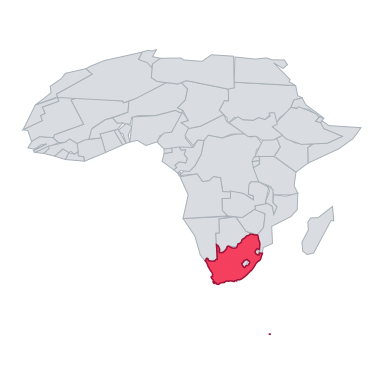 location of South Africa within Africa
{"feature_id": "ZAF", "entity_name": "South Africa", "entity_type": "country or territory", "adm_level": 0, "iso_a3": "ZAF", "parent_name": "Africa", "parent_adm1": "", "projection": "albers", "projection_center": [25.295, -34.555], "detail": "fine", "context": "in_parent", "style": "filled", "palette": "rose", "viewbox_px": 384, "rotation_deg": 0, "n_neighbors": 49, "source": "natural_earth", "source_scale": "50m", "svg_char_len": 14730}
<svg xmlns="http://www.w3.org/2000/svg" viewBox="0 0 384 384"><path d="M274.2,156.4L296.0,172.1L294.1,185.8L297.8,193.2L294.3,194.8L273.7,194.8L271.0,186.7L258.7,181.9L254.2,175.0L253.3,167.7L259.7,163.9L258.6,156.0L274.2,156.4Z" fill="#d9dde1" stroke="#a8b0b8" stroke-width="1"/><path d="M57.6,97.5L58.9,101.3L42.5,107.1L45.2,113.5L40.7,115.5L42.4,120.7L23.0,129.8L35.3,105.0L57.6,97.5Z" fill="#d9dde1" stroke="#a8b0b8" stroke-width="1"/><path d="M253.3,167.7L258.7,181.9L250.2,182.2L248.3,194.3L253.3,195.9L253.5,200.0L243.4,193.5L222.7,191.6L220.5,177.7L213.5,176.7L209.1,180.8L202.6,181.6L197.1,174.0L179.3,175.6L184.8,170.3L189.2,171.5L194.9,165.8L201.2,154.2L204.3,138.2L208.4,135.1L222.2,137.9L237.3,133.6L245.4,133.8L250.3,137.1L256.3,136.2L262.7,144.7L256.5,149.9L253.3,167.7Z" fill="#d9dde1" stroke="#a8b0b8" stroke-width="1"/><path d="M308.0,163.1L307.7,147.5L313.7,143.5L327.2,143.3L342.3,136.4L323.8,128.7L319.2,123.4L322.5,121.1L328.9,125.6L361.0,127.7L353.0,138.6L339.4,148.5L308.0,163.1Z" fill="#d9dde1" stroke="#a8b0b8" stroke-width="1"/><path d="M296.0,172.1L274.2,156.4L280.2,147.0L276.2,138.7L282.6,135.1L295.0,142.9L312.3,144.3L307.7,147.5L308.0,163.1L296.0,172.1Z" fill="#d9dde1" stroke="#a8b0b8" stroke-width="1"/><path d="M232.2,123.9L228.5,122.5L226.8,121.6L227.2,117.9L219.2,110.3L224.3,100.7L228.6,100.8L228.3,87.9L234.2,87.8L234.1,82.2L295.7,85.6L297.7,95.6L302.2,97.9L293.9,100.0L289.9,109.9L279.2,118.1L277.3,124.1L272.2,112.4L265.0,119.6L258.5,117.7L253.4,120.4L242.7,119.9L234.6,117.3L228.9,122.6L232.2,123.9Z" fill="#d9dde1" stroke="#a8b0b8" stroke-width="1"/><path d="M228.2,89.1L228.6,100.8L224.3,100.7L219.2,110.3L223.8,114.7L200.7,126.2L188.1,128.8L181.0,122.6L188.2,120.5L182.9,110.5L177.3,107.9L185.1,100.2L187.4,89.0L181.3,82.6L186.4,80.6L228.2,89.1Z" fill="#d9dde1" stroke="#a8b0b8" stroke-width="1"/><path d="M248.4,260.9L245.2,267.2L241.5,264.4L245.3,260.4L248.4,260.9Z" fill="#d9dde1" stroke="#a8b0b8" stroke-width="1"/><path d="M257.5,234.8L245.9,231.4L235.6,216.7L242.4,217.5L255.4,208.6L265.2,213.8L263.5,227.6L257.5,234.8Z" fill="#d9dde1" stroke="#a8b0b8" stroke-width="1"/><path d="M251.0,233.9L237.0,246.9L228.6,246.1L222.7,252.1L220.1,252.6L216.2,244.6L215.6,233.2L219.3,232.9L218.8,219.0L235.6,216.7L245.9,231.4L251.0,233.9Z" fill="#d9dde1" stroke="#a8b0b8" stroke-width="1"/><path d="M215.6,233.2L217.0,259.2L212.2,261.8L206.2,258.4L204.7,260.5L200.3,255.0L194.8,235.9L183.0,218.5L234.8,216.1L218.8,219.0L219.3,232.9L215.6,233.2Z" fill="#d9dde1" stroke="#a8b0b8" stroke-width="1"/><path d="M33.4,149.1L27.9,147.8L32.7,140.0L39.7,136.6L53.1,137.6L58.6,142.7L35.1,152.5L33.4,150.6L46.7,143.9L33.4,149.1Z" fill="#d9dde1" stroke="#a8b0b8" stroke-width="1"/><path d="M58.6,142.7L53.1,137.6L54.7,134.6L83.6,124.2L70.9,99.9L78.6,97.4L122.9,101.0L123.4,102.8L128.9,101.3L128.0,112.3L105.5,119.6L92.7,127.9L88.9,139.2L77.0,143.6L69.7,139.1L65.4,142.2L58.6,142.7Z" fill="#d9dde1" stroke="#a8b0b8" stroke-width="1"/><path d="M23.0,129.8L42.4,120.7L40.7,115.5L45.2,113.5L42.5,107.1L58.9,101.3L57.6,97.5L78.6,97.4L70.9,99.9L83.6,124.2L54.7,134.6L53.1,137.6L39.7,136.6L31.5,141.5L27.8,130.5L23.0,129.8Z" fill="#d9dde1" stroke="#a8b0b8" stroke-width="1"/><path d="M129.8,142.1L126.1,143.3L122.9,134.0L117.7,130.9L126.3,123.2L131.9,126.8L128.3,134.9L129.8,142.1Z" fill="#d9dde1" stroke="#a8b0b8" stroke-width="1"/><path d="M181.3,82.6L187.4,89.0L185.1,100.2L177.3,107.9L182.9,110.5L181.1,113.3L175.3,110.5L155.8,115.6L137.8,115.6L131.5,117.9L130.4,124.1L117.1,123.3L112.5,117.9L128.0,112.3L128.9,101.3L166.3,82.6L177.7,84.0L181.3,82.6Z" fill="#d9dde1" stroke="#a8b0b8" stroke-width="1"/><path d="M129.8,142.1L132.7,117.0L155.8,115.6L175.3,110.5L183.2,114.3L171.6,132.2L160.0,135.6L157.5,141.7L145.9,145.5L137.3,140.4L129.8,142.1Z" fill="#d9dde1" stroke="#a8b0b8" stroke-width="1"/><path d="M182.5,112.0L188.2,120.5L181.0,122.6L188.7,127.9L185.2,138.0L193.0,147.5L164.1,149.1L157.6,142.6L158.3,139.1L163.9,133.1L171.6,132.2L182.5,112.0Z" fill="#d9dde1" stroke="#a8b0b8" stroke-width="1"/><path d="M117.9,129.1L126.1,143.3L122.5,144.9L113.7,131.1L117.9,129.1Z" fill="#d9dde1" stroke="#a8b0b8" stroke-width="1"/><path d="M113.8,130.1L122.5,144.9L105.5,152.5L99.9,134.0L113.8,130.1Z" fill="#d9dde1" stroke="#a8b0b8" stroke-width="1"/><path d="M77.0,143.6L85.0,139.9L101.5,137.9L105.5,152.5L84.5,161.2L83.7,156.8L78.3,156.0L77.0,143.6Z" fill="#d9dde1" stroke="#a8b0b8" stroke-width="1"/><path d="M48.4,146.2L65.4,142.2L69.7,139.1L77.0,143.6L78.4,151.7L74.6,154.3L70.8,151.4L67.7,153.2L63.0,149.1L54.7,156.2L43.7,153.4L48.4,146.2Z" fill="#d9dde1" stroke="#a8b0b8" stroke-width="1"/><path d="M35.1,152.5L48.4,146.2L49.1,148.5L43.7,153.4L35.1,152.5Z" fill="#d9dde1" stroke="#a8b0b8" stroke-width="1"/><path d="M77.7,151.9L78.3,156.0L83.7,156.8L84.5,161.2L65.3,159.5L68.9,152.6L74.6,154.3L77.7,151.9Z" fill="#d9dde1" stroke="#a8b0b8" stroke-width="1"/><path d="M54.7,156.2L63.0,149.1L68.9,152.6L65.3,159.5L54.7,156.2Z" fill="#d9dde1" stroke="#a8b0b8" stroke-width="1"/><path d="M88.9,139.2L91.6,129.0L105.5,119.6L112.5,117.9L117.1,123.3L122.8,122.7L117.9,129.1L99.9,134.0L101.5,137.9L88.9,139.2Z" fill="#d9dde1" stroke="#a8b0b8" stroke-width="1"/><path d="M245.4,133.8L231.5,134.1L222.2,137.9L208.4,135.1L204.0,140.5L197.8,140.2L193.1,145.6L184.9,135.7L188.1,128.8L200.7,126.2L223.8,114.7L226.8,121.6L245.4,133.8Z" fill="#d9dde1" stroke="#a8b0b8" stroke-width="1"/><path d="M204.0,140.5L201.2,154.2L194.9,165.8L189.2,171.5L180.5,170.6L177.8,173.1L173.7,169.8L176.7,167.4L174.8,165.3L179.2,161.8L185.7,162.9L187.2,158.7L184.1,154.2L185.6,150.0L181.0,150.2L179.7,147.0L193.0,147.5L197.8,140.2L204.0,140.5Z" fill="#d9dde1" stroke="#a8b0b8" stroke-width="1"/><path d="M171.5,148.1L179.1,146.9L181.0,150.2L185.6,150.0L184.1,154.2L187.2,158.7L185.7,162.9L179.2,161.8L174.8,165.3L176.7,167.4L173.7,169.8L162.1,161.3L164.1,153.5L172.1,152.2L171.5,148.1Z" fill="#d9dde1" stroke="#a8b0b8" stroke-width="1"/><path d="M164.1,149.1L171.5,148.1L172.1,152.2L164.1,153.5L164.1,149.1Z" fill="#d9dde1" stroke="#a8b0b8" stroke-width="1"/><path d="M258.7,181.9L268.8,187.5L265.4,202.4L267.5,203.5L255.1,205.9L255.4,208.6L242.4,217.5L227.6,215.9L222.3,210.5L222.0,198.5L230.5,198.3L230.0,190.9L243.4,193.5L253.5,200.0L253.3,195.9L248.3,194.3L248.9,184.5L251.3,181.8L258.7,181.9Z" fill="#d9dde1" stroke="#a8b0b8" stroke-width="1"/><path d="M266.9,185.7L273.0,189.6L273.0,202.5L277.1,206.8L273.7,214.9L272.2,206.4L265.4,202.4L269.6,190.7L266.9,185.7Z" fill="#d9dde1" stroke="#a8b0b8" stroke-width="1"/><path d="M273.7,194.8L285.6,196.2L297.8,193.2L297.2,209.7L290.9,216.6L271.7,226.3L272.5,243.4L263.3,247.5L262.3,252.9L259.6,252.7L257.5,234.8L263.5,227.6L265.2,213.8L255.6,210.0L255.1,205.9L267.5,203.5L272.2,206.4L273.7,214.9L277.1,206.8L273.0,202.5L273.7,194.8Z" fill="#d9dde1" stroke="#a8b0b8" stroke-width="1"/><path d="M259.6,252.7L256.7,254.7L254.7,252.4L256.2,248.5L259.6,252.7Z" fill="#d9dde1" stroke="#a8b0b8" stroke-width="1"/><path d="M177.8,173.1L180.8,172.5L179.3,175.6L177.8,173.1ZM180.0,176.7L197.1,174.0L202.6,181.6L209.1,180.8L213.5,176.7L220.5,177.7L222.7,191.6L230.4,192.0L230.5,198.3L222.0,198.5L222.3,210.5L227.6,215.9L183.0,218.5L188.2,194.9L180.0,176.7Z" fill="#d9dde1" stroke="#a8b0b8" stroke-width="1"/><path d="M258.6,160.5L259.7,163.9L253.3,167.7L252.2,161.7L258.6,160.5Z" fill="#d9dde1" stroke="#a8b0b8" stroke-width="1"/><path d="M332.5,206.4L333.8,221.0L331.1,220.4L313.6,253.1L307.1,254.5L302.8,251.1L301.9,242.1L308.3,230.1L307.9,222.0L310.6,217.9L318.1,217.7L332.5,206.4Z" fill="#d9dde1" stroke="#a8b0b8" stroke-width="1"/><path d="M33.4,150.6L40.5,145.1L46.7,143.9L33.4,150.6Z" fill="#d9dde1" stroke="#a8b0b8" stroke-width="1"/><path d="M150.5,66.8L138.4,59.4L142.2,52.1L148.0,50.3L151.9,51.1L156.5,49.6L152.6,56.6L160.3,58.3L150.5,66.8Z" fill="#d9dde1" stroke="#a8b0b8" stroke-width="1"/><path d="M57.6,97.5L56.5,94.0L92.1,74.2L85.8,68.7L90.6,66.1L104.5,60.5L142.2,52.1L138.4,59.4L147.5,62.8L152.5,68.7L151.3,77.6L157.1,81.4L166.3,82.6L135.7,98.6L123.4,102.8L122.9,101.0L57.6,97.5Z" fill="#d9dde1" stroke="#a8b0b8" stroke-width="1"/><path d="M291.0,107.4L293.9,100.0L302.2,97.9L305.6,104.6L322.8,117.3L319.2,117.1L308.8,109.3L291.0,107.4Z" fill="#d9dde1" stroke="#a8b0b8" stroke-width="1"/><path d="M35.3,105.0L51.0,92.9L50.2,86.3L61.4,78.6L65.4,73.3L85.8,68.7L92.1,74.2L56.5,94.0L57.5,96.8L35.3,105.0Z" fill="#d9dde1" stroke="#a8b0b8" stroke-width="1"/><path d="M295.7,85.6L234.1,82.2L235.0,57.0L255.3,59.1L266.6,57.9L271.8,59.8L284.3,60.0L287.5,64.6L283.0,68.5L273.6,62.8L290.1,79.6L289.0,81.8L295.7,85.6Z" fill="#d9dde1" stroke="#a8b0b8" stroke-width="1"/><path d="M233.6,56.2L234.2,87.8L228.2,89.1L186.4,80.6L177.7,84.0L157.1,81.4L151.3,77.6L152.6,63.8L160.3,58.3L180.9,58.0L183.7,60.0L202.1,61.3L211.4,54.8L233.6,56.2Z" fill="#d9dde1" stroke="#a8b0b8" stroke-width="1"/><path d="M342.3,136.4L327.2,143.3L301.5,144.4L286.3,139.0L272.2,126.7L291.0,107.4L296.7,108.7L298.5,106.6L316.0,113.8L319.2,117.1L315.6,121.3L320.4,122.5L323.8,128.7L342.3,136.4Z" fill="#d9dde1" stroke="#a8b0b8" stroke-width="1"/><path d="M319.2,117.1L323.8,118.4L320.4,122.5L315.6,121.3L319.2,117.1Z" fill="#d9dde1" stroke="#a8b0b8" stroke-width="1"/><path d="M274.2,156.4L254.8,156.6L263.3,139.3L276.2,138.7L278.2,141.2L280.2,147.0L274.2,156.4Z" fill="#d9dde1" stroke="#a8b0b8" stroke-width="1"/><path d="M258.6,156.0L259.9,160.1L252.2,161.7L253.5,157.5L258.6,156.0Z" fill="#d9dde1" stroke="#a8b0b8" stroke-width="1"/><path d="M261.3,140.2L256.3,136.2L248.2,136.6L228.9,122.6L238.1,116.8L242.7,119.9L253.4,120.4L258.5,117.7L265.0,119.6L270.3,115.9L268.9,113.0L274.5,112.8L277.3,124.1L272.2,126.7L282.6,135.1L273.2,140.0L261.3,140.2Z" fill="#d9dde1" stroke="#a8b0b8" stroke-width="1"/><path d="M250.8,234.3L251.9,234.1L252.8,234.3L253.8,234.8L254.8,235.0L255.7,234.9L256.5,234.9L257.1,235.0L257.5,235.2L257.8,235.4L257.8,235.7L257.9,235.8L258.0,236.3L258.2,237.1L258.4,237.9L258.5,238.9L258.5,239.5L258.7,240.0L259.0,240.5L259.0,240.8L259.1,241.0L259.4,241.4L259.5,242.0L259.7,242.8L259.8,243.2L259.8,243.3L259.9,243.7L259.8,244.4L259.8,245.2L259.7,246.1L259.7,246.8L259.6,247.2L259.6,248.3L259.3,248.8L259.3,249.3L259.4,249.6L259.1,249.6L258.3,249.1L257.5,248.6L257.4,248.6L257.2,248.6L256.8,249.0L256.3,249.5L256.1,249.9L255.7,250.4L255.2,251.1L255.1,251.3L255.1,251.9L255.1,252.5L255.4,252.6L255.6,253.1L256.0,253.9L256.7,254.5L257.3,254.8L258.3,254.9L259.1,254.9L259.0,254.4L259.2,253.5L259.3,253.0L259.6,253.0L260.0,253.1L260.6,253.2L261.0,253.3L261.4,253.3L262.0,253.3L262.4,253.3L262.2,254.2L261.6,255.6L261.4,256.3L260.8,258.6L260.2,259.7L259.8,260.2L258.9,261.0L258.6,261.2L258.4,261.3L258.0,261.3L256.4,263.0L255.8,263.8L255.2,265.0L254.7,265.7L253.9,267.1L253.2,268.1L252.5,269.1L251.4,270.5L250.9,270.9L250.5,271.0L249.7,271.8L248.4,273.1L247.5,274.2L246.1,275.5L245.3,276.1L244.1,277.2L243.8,277.3L242.5,278.3L241.5,279.0L240.0,279.7L239.4,279.9L237.9,279.7L237.3,279.8L236.8,280.2L236.8,280.9L236.6,281.0L236.3,280.9L235.3,280.7L234.7,280.7L234.4,281.1L234.2,281.5L233.4,281.5L232.1,281.1L230.5,280.8L230.1,280.8L229.4,281.2L229.1,281.2L228.0,281.2L227.4,281.0L226.8,281.0L226.3,281.2L225.8,281.3L224.3,282.5L223.6,282.5L222.9,282.7L222.6,282.7L222.0,282.6L221.8,282.6L221.4,282.7L221.1,282.9L220.3,283.0L220.0,283.2L218.7,284.4L218.4,284.4L218.2,284.3L217.5,284.4L216.7,283.8L216.4,283.9L216.4,283.7L216.4,283.4L216.3,283.2L216.1,283.1L215.8,283.1L215.6,282.8L215.2,282.8L214.8,283.0L214.8,282.7L214.7,282.3L214.7,281.9L214.3,281.8L214.0,281.9L213.8,281.9L213.7,282.0L213.6,283.0L213.4,282.8L213.2,282.4L213.1,281.9L213.1,281.4L213.5,281.1L213.4,280.8L213.3,280.5L212.9,279.7L212.7,279.3L212.3,279.1L212.0,278.5L211.7,278.3L211.6,277.9L211.3,277.6L211.2,277.0L211.3,276.7L211.5,276.5L211.8,276.8L212.1,276.7L212.4,276.2L212.6,275.6L212.6,274.7L212.5,274.1L212.1,272.6L211.9,272.3L211.0,271.3L210.1,269.9L208.8,267.7L208.1,266.3L207.1,263.6L206.3,262.1L205.2,260.8L205.1,260.7L205.7,260.1L205.9,260.0L206.0,260.0L206.1,259.9L206.2,259.7L206.2,259.2L206.3,259.0L206.4,258.6L206.6,258.4L207.0,258.2L207.4,258.4L207.5,258.5L207.6,258.8L208.0,258.9L208.1,259.0L208.3,259.4L208.3,259.6L208.1,259.8L208.2,260.0L208.4,260.2L208.5,260.4L208.6,260.7L209.2,260.8L209.5,260.9L210.0,260.9L210.4,261.0L210.9,261.2L211.6,261.2L212.6,261.1L213.4,261.1L214.1,261.2L214.6,261.3L214.8,261.1L214.9,260.9L214.9,260.6L215.0,260.4L215.3,260.3L215.6,260.1L215.8,259.7L216.2,259.4L216.9,259.2L217.3,259.2L217.2,258.6L217.1,256.8L217.1,255.1L217.0,253.3L216.9,251.6L216.8,249.8L216.7,248.0L216.6,246.3L216.5,244.6L217.9,245.6L218.2,246.0L218.4,246.3L218.9,247.3L219.3,248.3L219.6,249.0L219.7,249.3L219.7,249.6L219.8,249.8L219.8,250.0L219.6,250.4L219.4,250.7L219.1,251.1L219.1,251.6L219.2,252.3L219.4,252.6L219.6,252.7L220.1,252.5L220.4,252.5L220.8,252.6L222.1,252.5L222.3,252.6L222.8,252.6L223.0,252.5L223.1,252.4L223.3,252.0L223.4,251.9L223.7,251.8L224.1,251.7L224.3,251.4L224.8,250.7L225.6,250.0L225.9,249.8L226.1,249.6L226.2,249.4L226.5,248.5L226.8,247.8L226.8,247.5L227.0,246.9L227.3,246.6L227.5,246.4L228.0,246.2L228.4,246.1L228.8,246.2L229.3,246.4L229.9,246.8L230.4,247.2L230.7,247.4L230.9,247.5L231.4,247.5L231.7,247.5L232.2,248.0L232.5,248.0L233.0,248.1L233.7,248.2L234.2,248.2L234.6,248.0L235.0,248.0L235.4,248.0L235.9,247.9L236.2,247.8L236.5,247.6L236.7,247.4L237.0,246.7L237.1,246.2L237.4,245.6L237.7,244.8L237.8,244.2L238.3,243.8L238.7,243.7L239.7,243.5L239.9,243.4L240.0,243.1L240.5,242.7L241.0,242.3L241.3,242.1L241.8,240.2L242.2,239.5L242.4,239.3L242.6,239.3L242.8,239.1L243.1,238.9L243.4,238.7L243.8,238.7L244.0,238.5L244.1,238.2L244.3,238.1L244.6,238.1L244.8,237.8L244.9,237.7L245.2,237.6L245.4,237.4L245.4,237.2L245.7,236.8L246.4,236.1L247.1,235.7L247.7,235.7L248.2,235.5L248.8,235.3L249.2,235.0L249.5,234.6L249.9,234.3L250.8,234.3ZM247.4,265.5L248.0,265.2L248.4,265.0L248.6,264.8L248.7,264.3L248.8,263.9L249.0,263.7L249.4,263.4L249.6,262.9L249.7,262.4L249.7,262.2L249.6,261.8L249.5,261.5L249.3,261.4L249.0,261.3L248.6,260.9L248.3,260.6L248.0,260.2L247.8,260.1L247.5,259.8L247.4,259.7L247.2,259.4L246.7,259.5L245.8,259.8L245.3,260.1L244.9,260.5L244.4,260.6L244.1,260.7L243.8,261.2L243.6,261.5L243.3,261.9L243.2,262.1L243.0,262.4L242.7,262.8L242.5,263.0L242.2,263.1L241.8,263.3L241.7,263.4L241.7,263.6L241.8,263.9L241.9,264.3L242.1,264.7L242.3,265.0L242.5,265.3L242.7,265.6L242.7,265.9L242.7,266.0L242.8,266.2L242.9,266.3L243.1,266.4L243.2,266.5L243.3,266.6L243.5,266.8L243.7,267.1L244.0,267.3L244.5,267.5L244.9,267.5L245.0,267.5L245.2,267.3L245.3,267.1L245.3,266.8L245.4,266.6L245.9,265.9L246.2,265.6L246.4,265.6L246.6,265.5L246.8,265.5L247.0,265.6L247.4,265.5ZM270.1,334.3L269.4,334.3L269.4,334.1L269.6,333.9L269.9,333.9L270.1,334.1L270.1,334.3Z" fill="#f43f5e" stroke="#9f1239" stroke-width="1.5"/></svg>